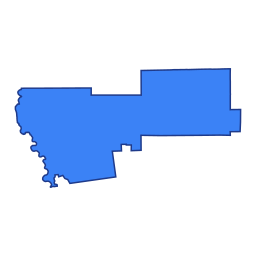 Cervenia, Teleorman, Romania
{"feature_id": "2599482B58778725619949", "entity_name": "Cervenia", "entity_type": "district", "adm_level": 2, "iso_a3": "ROU", "parent_name": "Romania", "parent_adm1": "Teleorman", "projection": "albers", "projection_center": [25.475, 43.834], "detail": "fine", "context": "isolated", "style": "filled", "palette": "blue", "viewbox_px": 256, "rotation_deg": 0, "n_neighbors": 0, "source": "geoboundaries", "source_scale": "gbopen_adm2", "svg_char_len": 5092}
<svg xmlns="http://www.w3.org/2000/svg" viewBox="0 0 256 256"><path d="M240.6,109.5L239.6,109.5L230.9,109.6L230.3,109.7L230.3,108.0L230.3,104.3L230.3,102.3L230.3,99.4L230.3,95.1L230.4,94.6L230.3,92.7L230.3,81.4L230.2,79.1L230.2,76.1L230.2,73.9L230.3,68.8L224.8,68.9L220.8,69.0L219.0,69.1L218.6,69.1L212.4,69.2L212.1,69.2L211.7,69.2L211.2,69.1L209.5,69.1L203.2,69.2L198.7,69.3L188.2,69.6L186.4,69.5L184.6,69.6L183.2,69.6L181.7,69.6L177.5,69.7L173.7,69.7L171.0,69.9L141.1,70.5L141.2,95.1L111.7,95.1L91.2,95.1L91.2,88.0L88.4,88.0L83.9,88.0L65.6,88.1L40.1,88.2L30.3,88.2L24.9,88.2L22.0,88.3L21.4,88.3L21.3,88.9L21.3,89.2L21.2,89.5L20.8,89.5L20.7,89.6L19.7,90.0L19.4,90.1L19.2,90.3L19.0,90.6L18.2,91.3L18.0,91.7L17.9,92.2L17.9,92.8L18.1,93.3L18.2,93.7L18.3,94.0L18.5,94.3L18.7,94.5L19.1,94.9L19.6,95.3L20.0,95.6L20.3,95.7L20.6,95.8L20.9,95.9L21.5,96.5L21.4,96.7L21.3,96.8L21.1,96.8L20.2,97.2L20.1,97.3L19.9,97.6L19.6,97.9L19.3,98.3L19.1,98.5L18.9,98.7L18.8,99.1L18.5,99.5L18.4,99.8L18.4,100.1L18.3,100.4L18.4,100.6L18.5,100.9L18.5,101.2L18.8,101.8L18.9,102.1L18.9,102.4L19.0,102.9L19.1,103.3L19.3,103.9L19.3,104.0L19.2,104.0L18.7,104.1L18.2,104.0L17.8,104.3L17.5,104.2L17.4,104.3L17.1,104.8L16.8,105.1L16.3,105.7L15.7,106.4L15.5,106.7L15.4,106.8L15.4,107.0L15.4,107.3L15.4,108.7L15.4,109.2L15.6,109.9L16.0,111.0L16.3,111.9L16.4,112.2L16.6,112.9L16.7,114.2L16.8,115.2L16.8,115.7L16.8,116.1L17.0,116.8L17.0,117.5L17.0,118.2L17.0,118.5L17.1,119.2L17.1,120.1L17.2,120.6L17.3,121.4L17.4,121.9L17.4,122.5L17.7,122.9L18.2,123.1L18.5,123.3L18.8,123.5L18.9,124.0L18.9,124.3L18.8,124.7L18.8,124.8L19.0,124.9L19.1,125.0L19.3,125.0L19.5,125.5L19.7,125.8L20.1,126.1L20.5,126.4L20.7,126.5L20.8,126.7L21.0,127.3L21.1,127.8L21.2,128.0L21.2,128.3L21.1,128.9L21.0,129.2L21.0,129.6L20.9,129.8L20.8,130.0L20.4,130.3L20.4,130.5L20.3,130.9L20.3,131.0L20.5,131.7L20.6,132.3L20.8,132.6L21.0,132.7L21.4,133.0L21.7,133.3L21.9,133.5L22.1,133.7L22.4,133.9L22.6,134.0L22.8,134.0L23.1,133.9L23.3,133.9L23.4,134.1L23.5,134.2L23.6,134.3L23.8,134.3L24.2,134.2L24.4,134.2L24.7,134.0L24.9,134.0L25.0,133.9L25.2,133.6L25.3,133.5L25.3,133.3L25.2,133.1L25.3,133.0L25.3,132.8L25.5,132.7L25.8,132.4L26.1,132.3L26.5,132.5L26.8,132.4L26.9,132.5L27.0,132.6L27.4,132.5L27.5,132.4L27.8,132.2L28.0,132.2L28.5,132.4L28.6,132.5L28.8,132.5L28.9,132.4L29.0,132.4L29.2,132.5L29.4,132.9L29.5,133.3L29.6,133.5L29.9,133.9L30.0,134.0L30.0,134.4L30.1,134.7L30.2,134.8L30.4,134.8L30.8,134.9L31.2,135.5L31.5,136.0L32.2,136.9L32.5,137.4L32.6,137.6L32.6,137.9L32.6,138.2L32.5,138.6L32.2,139.9L32.2,140.3L32.2,140.8L32.3,141.2L32.6,141.5L33.0,141.6L33.3,141.7L33.9,141.6L34.4,141.6L34.7,141.7L35.1,141.9L35.6,142.2L36.0,142.5L36.3,142.8L36.5,143.2L36.5,143.7L36.5,144.2L36.4,144.6L36.2,145.0L35.9,145.3L35.7,145.4L35.3,145.5L35.0,145.5L34.4,145.4L33.8,145.5L32.6,145.5L32.3,145.8L31.7,146.1L31.2,146.6L31.0,146.9L30.9,147.3L30.9,147.7L31.0,148.4L31.3,149.0L31.7,149.8L32.3,150.6L32.7,150.9L33.0,151.0L33.4,151.1L34.0,151.2L34.6,151.1L35.2,150.9L35.7,150.8L36.2,150.8L36.6,150.8L37.1,151.0L37.7,151.4L38.8,152.4L39.1,152.8L39.2,153.1L39.3,153.3L39.3,153.6L39.1,154.0L38.9,155.2L38.9,155.7L39.0,156.1L39.1,156.4L39.3,156.5L39.6,156.7L39.9,156.9L40.6,156.9L41.2,156.8L41.4,156.7L42.0,156.3L42.3,156.2L42.8,156.1L43.3,156.1L43.7,156.2L44.2,156.4L44.5,156.6L44.7,156.9L44.9,157.4L45.0,157.7L45.5,158.2L45.6,158.5L45.6,159.0L45.4,159.4L45.2,159.4L44.6,159.4L44.0,159.6L43.7,159.8L43.3,160.2L43.1,160.6L43.0,160.9L43.0,161.3L43.1,161.5L43.3,161.7L43.6,162.2L44.4,163.2L45.0,164.2L45.3,164.8L45.4,165.1L45.4,165.3L45.2,166.0L44.9,166.8L44.7,167.3L44.6,167.6L44.6,167.8L44.6,168.0L44.8,168.3L45.2,168.6L46.0,168.9L46.8,169.2L47.2,169.5L47.4,169.8L47.9,170.7L48.0,170.9L48.2,171.1L48.2,171.3L48.1,171.7L48.0,172.5L47.9,173.0L47.8,173.4L47.5,173.9L47.3,174.3L46.8,174.7L46.6,174.9L46.0,175.0L45.4,175.1L45.0,175.2L44.8,175.3L44.1,175.9L43.7,176.3L43.3,176.8L43.0,177.3L42.8,177.8L42.7,178.4L42.7,179.1L42.7,179.4L42.9,179.7L43.1,180.1L43.6,180.6L44.0,180.9L44.6,181.2L45.0,181.4L45.5,181.5L46.1,181.4L46.5,181.3L47.3,181.2L48.0,181.2L48.5,181.3L49.0,181.5L49.5,181.7L50.1,182.2L50.7,182.9L51.1,183.4L51.3,183.9L51.5,184.3L51.5,184.7L51.4,185.1L51.3,185.4L51.2,185.6L50.6,186.4L50.4,186.7L50.4,186.9L50.5,187.2L51.1,187.2L51.4,187.0L51.9,186.7L53.0,186.5L53.7,186.5L54.7,186.6L55.8,186.3L56.2,186.3L56.6,186.2L56.9,186.2L57.2,186.2L57.2,185.3L57.1,184.8L57.0,184.6L56.8,184.5L55.0,184.1L54.7,184.1L54.5,183.7L54.3,183.2L54.2,182.9L54.2,182.6L54.2,182.3L54.3,182.1L54.5,181.7L54.7,181.3L54.7,180.9L54.7,180.6L54.3,180.1L54.3,179.9L54.3,179.6L54.2,179.3L54.1,179.0L54.0,178.7L54.1,178.3L54.1,178.1L54.1,177.8L54.2,177.7L54.5,177.4L54.9,177.1L55.0,176.9L55.1,176.4L55.1,175.7L55.0,174.9L58.1,174.6L58.7,176.8L62.3,175.6L62.8,175.4L64.8,178.4L65.1,178.6L66.8,179.2L67.7,179.5L68.6,181.1L69.9,183.4L115.8,176.9L112.3,151.2L121.5,150.9L121.2,144.4L126.3,144.3L126.3,145.0L131.3,145.0L131.2,150.7L141.1,150.3L141.0,135.3L160.3,135.6L200.7,135.3L220.0,135.1L230.3,135.3L230.2,131.7L240.1,131.6L240.5,122.1L240.6,109.5Z" fill="#3b82f6" stroke="#1e3a8a" stroke-width="1.5"/></svg>